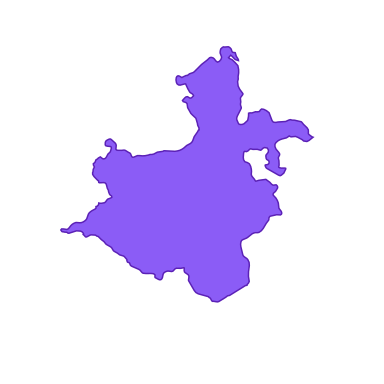 an SVG outline of Southern Nations, Nationalities and Peoples, rotated 329°
{"feature_id": "ETH-3129", "entity_name": "Southern Nations, Nationalities and Peoples", "entity_type": "Administrative State", "adm_level": 1, "iso_a3": "ETH", "parent_name": "Ethiopia", "parent_adm1": "", "projection": "mercator", "projection_center": [36.895, 6.444], "detail": "fine", "context": "isolated", "style": "filled", "palette": "violet", "viewbox_px": 384, "rotation_deg": 329, "n_neighbors": 0, "source": "natural_earth", "source_scale": "10m", "svg_char_len": 6068}
<svg xmlns="http://www.w3.org/2000/svg" viewBox="0 0 384 384"><g transform="rotate(329 192 192)"><path d="M120.1,251.1L119.1,250.6L118.3,249.7L116.4,246.5L116.4,245.8L117.6,244.1L117.0,242.3L114.9,240.7L110.6,238.2L108.2,236.4L107.7,235.4L107.2,232.2L106.5,230.8L102.1,224.6L101.6,223.5L101.5,222.8L101.9,220.8L101.7,220.2L100.8,219.2L100.6,218.7L100.8,217.4L101.4,216.3L100.8,212.8L100.4,211.7L97.6,208.6L96.6,206.0L94.7,202.7L94.4,201.7L94.4,198.5L94.0,197.1L91.9,193.4L91.4,192.3L91.0,189.2L89.8,186.2L88.7,181.8L87.7,180.8L87.1,179.3L83.5,176.8L82.6,176.5L79.1,176.3L78.2,176.1L77.6,175.6L77.2,173.4L76.9,172.6L76.8,172.3L77.6,171.7L77.5,170.7L77.3,169.7L76.4,168.2L73.0,165.8L65.4,164.0L64.5,163.4L64.0,162.1L61.8,160.5L60.9,159.5L60.5,159.4L60.1,158.8L60.0,157.0L61.2,156.5L62.7,157.4L65.5,159.7L66.9,159.8L68.3,159.4L70.9,158.4L72.8,158.0L74.9,158.0L76.9,158.4L80.0,160.6L81.5,161.3L83.2,161.6L84.9,161.6L86.6,161.3L87.9,160.8L91.8,157.6L93.3,156.9L95.0,156.6L96.9,156.5L100.1,156.7L101.5,156.3L102.2,155.0L103.3,155.3L104.5,155.1L105.7,154.4L106.4,153.4L107.4,154.3L108.7,155.1L111.4,156.1L112.7,156.0L115.0,155.0L116.2,154.7L119.3,155.3L120.6,155.2L121.0,153.9L120.3,152.4L120.2,151.3L120.6,148.9L121.2,147.5L121.3,145.3L122.4,141.6L122.5,140.4L122.1,139.3L121.2,138.5L117.5,136.5L117.0,135.8L117.6,134.2L117.1,133.2L116.0,128.4L115.9,125.8L116.7,124.3L117.6,123.6L119.0,121.7L121.2,120.3L121.4,118.1L122.0,116.9L123.9,116.7L126.4,114.9L128.0,115.0L129.2,114.6L131.5,114.7L132.4,117.0L132.9,117.9L134.4,118.5L135.5,118.4L136.7,117.9L139.5,116.2L142.3,115.6L143.5,114.8L145.5,112.8L145.9,111.8L145.5,111.0L142.9,109.0L141.9,107.9L141.9,106.9L143.1,105.0L144.0,104.2L145.1,103.8L147.6,103.9L148.8,104.2L149.5,104.7L149.9,105.6L151.4,110.6L151.4,111.9L151.0,113.1L148.8,116.1L148.9,117.1L149.9,118.1L153.2,120.1L155.0,120.9L155.8,121.4L156.4,122.2L157.7,124.8L158.9,126.8L159.0,127.6L158.6,130.5L158.9,131.5L159.9,132.1L164.0,132.7L166.1,134.0L168.1,135.5L170.4,136.7L173.7,137.9L175.3,138.2L177.0,139.2L178.9,139.8L182.8,140.0L188.1,142.2L189.2,142.2L198.3,148.3L200.7,149.3L203.1,150.0L205.5,150.2L207.5,150.1L211.4,149.4L215.6,149.6L217.3,149.3L218.9,148.5L222.4,145.7L227.7,143.3L229.5,142.2L230.1,142.4L231.0,140.5L231.2,138.1L231.5,137.0L231.8,136.6L233.3,130.9L233.2,130.3L232.0,126.1L231.5,124.0L231.7,117.5L233.3,113.7L232.9,112.2L231.0,110.0L231.0,108.6L234.3,107.6L235.9,107.4L237.3,108.0L238.4,110.2L239.2,110.8L240.3,111.0L242.9,110.3L243.0,108.9L242.7,107.9L241.8,106.2L241.5,105.2L241.6,101.3L242.2,96.0L241.7,95.7L236.9,94.3L235.6,93.3L234.9,91.6L235.1,90.0L236.0,87.7L237.5,85.8L238.6,85.2L239.9,85.2L240.9,86.2L242.3,88.7L243.5,88.7L247.0,89.1L248.1,89.7L250.8,89.4L254.5,90.2L255.8,90.1L265.9,87.6L273.2,86.7L276.2,86.0L277.2,86.2L278.2,86.8L279.2,88.0L279.7,89.5L279.9,91.8L280.7,93.8L282.7,94.1L284.9,93.4L286.5,92.1L287.0,91.1L287.7,87.3L288.8,85.7L290.3,84.2L292.5,83.7L293.7,83.8L294.5,84.5L297.9,86.2L298.6,87.2L299.0,88.4L299.2,89.7L298.6,92.3L298.8,93.2L300.8,94.8L299.9,98.5L300.0,102.2L299.5,103.3L297.5,101.0L297.1,100.1L296.1,95.8L295.6,94.7L292.5,95.7L292.9,96.9L294.5,99.2L295.6,103.2L296.4,107.3L295.0,111.1L293.3,114.0L290.9,116.9L289.8,119.0L287.9,120.9L286.1,125.0L285.8,128.5L286.3,133.9L285.8,134.6L282.4,136.0L281.7,136.7L280.2,139.9L278.8,141.6L278.3,142.7L277.8,144.9L277.2,145.7L269.9,150.3L268.4,151.6L267.6,153.2L267.1,157.1L267.3,158.2L268.3,159.1L269.7,159.9L271.6,160.3L276.5,159.3L277.3,158.6L279.5,156.1L281.1,153.6L282.4,154.0L284.1,155.1L287.7,155.9L289.4,157.0L291.2,157.7L293.0,156.9L294.4,156.7L296.1,158.1L297.7,160.6L298.9,163.7L297.4,171.9L297.6,173.7L298.0,174.3L299.8,175.6L301.6,176.2L308.6,179.8L312.1,180.2L313.5,180.6L314.9,182.0L316.9,183.3L321.8,188.0L322.1,189.0L322.4,191.4L323.7,196.2L323.7,198.6L323.1,199.8L321.8,201.9L321.9,203.1L323.3,206.5L324.0,207.4L318.8,208.1L316.5,207.9L313.9,205.7L313.5,204.1L310.9,199.7L309.4,197.7L305.4,195.8L304.9,195.3L304.2,194.0L302.3,194.2L300.8,194.2L296.4,192.9L294.3,192.5L292.1,192.4L289.4,192.9L287.6,193.9L286.5,195.8L286.1,198.4L286.8,203.0L286.7,204.6L286.1,205.4L283.9,206.8L283.3,207.8L282.6,210.0L280.8,213.3L280.1,214.3L279.2,215.1L279.1,215.5L279.4,216.1L280.8,217.5L283.9,219.3L284.5,219.9L284.3,220.5L280.4,223.1L277.1,223.6L275.9,223.4L274.8,222.0L268.3,210.4L268.0,209.4L268.1,207.8L268.5,206.7L269.3,206.7L270.5,207.3L271.7,207.4L272.8,207.0L273.7,205.8L273.8,204.5L272.8,202.5L272.9,201.3L273.8,199.3L274.4,198.5L277.8,197.2L279.2,195.3L279.1,193.0L277.1,191.3L276.2,191.1L275.2,191.1L273.0,191.6L272.3,191.5L269.9,189.0L266.1,186.8L264.5,185.2L263.3,185.1L261.3,185.6L259.6,185.5L258.1,184.3L257.2,184.4L256.3,185.2L253.8,188.7L252.8,191.0L252.9,193.3L254.7,195.4L255.7,197.4L255.5,200.2L254.6,203.0L253.6,205.0L252.1,207.1L251.6,208.2L251.5,209.6L252.1,213.5L252.0,214.9L252.3,215.6L255.3,216.4L261.8,219.2L263.7,223.7L264.2,226.2L264.7,227.4L265.6,228.3L266.9,228.7L267.9,229.3L268.2,230.6L268.0,231.9L267.2,232.8L263.9,234.5L261.2,235.0L260.4,235.6L260.0,236.6L260.8,240.3L260.8,243.1L260.3,245.9L258.2,250.5L258.2,251.6L258.5,254.1L258.4,255.4L258.0,256.4L257.2,257.1L256.0,257.2L252.9,255.1L246.5,253.0L245.4,253.3L244.5,253.9L243.9,254.9L243.2,255.6L239.5,257.1L234.3,259.9L231.5,260.9L228.6,261.1L227.4,260.7L225.2,259.4L223.8,259.0L222.1,258.8L216.2,259.6L214.9,259.6L210.9,259.0L209.6,259.1L208.4,259.8L206.8,261.7L205.7,264.0L203.2,272.0L203.1,273.2L203.5,274.6L204.7,277.2L205.0,278.6L204.7,281.7L203.3,284.5L199.4,289.4L196.9,293.4L195.0,298.1L193.6,299.1L191.7,299.7L191.1,300.3L189.5,299.7L171.2,300.0L170.6,299.9L169.1,299.3L166.7,299.6L158.6,299.7L157.4,299.4L156.3,298.6L154.2,296.8L153.2,296.2L152.9,295.4L153.0,292.4L152.3,291.2L152.2,290.2L144.9,282.5L143.6,280.2L143.2,277.6L143.4,266.4L143.6,265.7L145.7,263.1L146.1,262.0L146.1,260.9L144.6,257.6L144.4,256.6L144.8,255.3L146.2,253.2L146.0,252.7L143.0,251.6L139.5,249.4L138.2,249.1L134.9,250.0L133.6,249.7L131.3,247.8L130.1,247.1L128.1,246.7L126.0,246.9L124.8,247.7L122.6,250.1L121.4,250.9L120.1,251.1Z" fill="#8b5cf6" stroke="#5b21b6" stroke-width="1.5"/></g></svg>